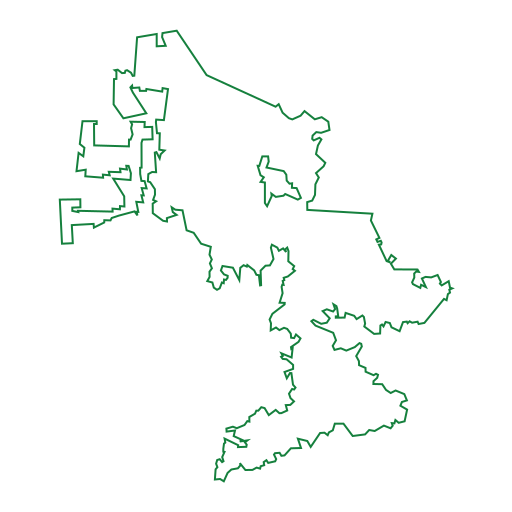 the district of Matías Romero Avendaño, Oaxaca, Mexico
{"feature_id": "50627088B25064562283862", "entity_name": "Matías Romero Avendaño", "entity_type": "district", "adm_level": 2, "iso_a3": "MEX", "parent_name": "Mexico", "parent_adm1": "Oaxaca", "projection": "robinson", "projection_center": [-94.977, 17.133], "detail": "fine", "context": "isolated", "style": "outline", "palette": "green", "viewbox_px": 512, "rotation_deg": 0, "n_neighbors": 0, "source": "geoboundaries", "source_scale": "gbopen_adm2", "svg_char_len": 6073}
<svg xmlns="http://www.w3.org/2000/svg" viewBox="0 0 512 512"><path d="M372.4,213.7L307.3,209.9L307.2,202.1L312.2,200.6L315.0,194.9L315.4,184.3L318.8,177.5L316.0,173.1L323.6,166.3L325.3,162.8L316.0,154.1L317.9,145.5L321.4,139.4L319.5,137.8L313.7,140.4L312.2,138.9L312.6,135.6L316.3,132.1L321.1,132.8L329.5,130.0L328.3,121.7L321.7,117.2L314.8,119.3L304.5,111.1L300.6,115.7L292.3,119.4L288.9,118.2L282.6,112.7L278.7,104.2L275.6,106.7L206.6,75.1L176.7,30.7L162.5,33.1L162.1,37.1L165.7,45.8L156.7,46.3L156.7,34.0L137.1,37.3L134.3,75.7L132.7,75.9L131.0,72.7L127.1,70.2L125.4,70.7L124.8,72.9L122.0,73.1L117.7,69.7L114.8,70.2L116.4,71.5L116.4,78.9L114.0,79.1L113.6,104.4L123.4,118.3L146.3,113.3L132.9,92.6L130.4,87.4L132.1,85.6L132.4,88.0L139.3,87.5L139.9,90.9L146.1,90.9L146.4,89.0L162.2,91.6L162.6,88.1L168.0,89.1L163.9,120.1L156.2,119.6L155.9,122.1L157.0,133.2L159.8,133.3L159.3,149.7L164.6,150.5L160.7,154.2L159.7,158.5L156.4,152.1L154.8,152.6L156.1,172.2L152.1,172.0L148.3,174.1L147.9,181.4L150.2,182.2L154.9,189.2L155.0,194.7L153.1,199.9L156.1,201.3L152.7,203.6L152.8,213.2L163.1,220.8L167.0,221.5L166.9,218.1L176.6,214.9L172.8,212.1L171.7,207.3L175.3,209.7L182.5,210.3L186.6,230.3L193.7,232.8L201.1,243.7L210.8,246.8L209.5,254.7L211.8,259.5L209.9,263.4L211.9,268.3L209.5,271.7L209.6,276.9L207.3,281.1L212.4,282.5L213.8,287.6L217.0,289.8L219.7,288.3L221.9,282.5L223.7,283.2L224.0,279.5L226.0,279.9L227.6,277.8L227.7,275.8L224.0,274.4L220.9,270.5L222.5,266.0L232.9,267.7L239.3,280.1L240.3,267.8L243.6,265.2L246.8,266.6L247.3,265.0L254.2,270.4L256.4,274.8L258.9,275.2L260.1,285.4L261.1,285.2L260.6,270.6L265.5,265.7L269.9,265.4L273.5,259.0L270.9,247.7L271.9,244.7L277.3,247.6L278.9,250.8L283.1,248.4L286.1,252.0L285.2,249.4L287.2,247.6L288.5,251.1L288.3,261.3L294.2,266.1L292.7,269.1L294.9,270.8L287.8,276.5L283.7,277.8L284.3,280.1L282.7,280.9L283.6,284.9L282.3,284.7L281.6,286.8L282.6,293.2L279.6,302.7L284.7,302.9L284.6,304.4L272.4,313.8L269.6,319.5L271.0,323.3L270.7,330.4L276.0,327.5L279.4,330.1L284.0,327.8L287.2,328.9L290.8,333.7L291.1,337.7L294.1,338.1L296.0,334.5L300.5,338.4L298.5,341.9L291.0,347.1L291.3,349.0L292.6,348.3L291.6,357.5L281.4,353.3L282.8,355.9L281.1,356.8L282.7,358.9L286.6,359.3L293.1,364.9L293.1,368.9L284.5,372.0L286.8,378.3L290.0,373.0L291.4,373.1L293.0,384.7L295.5,387.6L294.1,389.5L292.1,389.0L289.0,393.7L290.5,398.1L294.0,401.4L290.3,404.9L285.8,405.1L287.2,410.5L281.4,413.1L279.4,413.2L275.7,409.9L268.8,415.1L264.6,408.1L261.3,407.2L258.3,410.7L256.3,410.7L255.0,413.7L249.3,417.0L249.4,421.6L247.3,421.1L244.5,425.0L236.8,428.2L232.9,426.7L226.4,428.6L226.6,431.6L235.0,430.5L233.7,436.1L242.1,439.9L239.8,441.5L247.4,440.4L244.9,442.3L246.7,444.7L246.3,446.8L238.0,447.1L238.2,445.2L224.6,438.6L225.3,442.6L224.0,443.6L223.3,448.9L223.3,451.7L224.5,451.9L222.2,457.1L223.5,461.2L222.1,462.1L219.7,459.2L217.2,460.0L216.1,463.7L217.4,467.2L215.6,469.3L214.9,479.5L220.1,479.0L223.8,481.3L227.6,472.9L231.4,469.5L237.9,468.3L240.5,465.2L239.9,463.2L245.4,470.0L252.5,469.9L256.6,467.6L260.1,468.6L260.7,466.2L264.2,465.2L263.7,462.1L266.4,460.2L268.2,462.9L275.2,461.3L276.2,459.1L274.0,454.6L275.0,453.2L279.6,452.8L281.4,455.8L284.5,455.4L290.9,448.3L301.0,448.0L297.9,438.7L307.3,441.0L310.7,446.9L320.1,433.0L324.5,432.7L327.7,435.2L328.9,432.4L332.8,430.3L334.8,423.7L343.5,423.7L352.7,436.0L365.1,434.4L369.2,430.0L374.7,431.0L383.9,425.6L390.6,428.3L392.7,425.7L391.8,423.1L394.4,423.4L395.4,420.0L398.7,422.8L404.6,421.3L407.1,409.6L400.4,405.7L401.9,402.0L406.9,400.4L404.3,394.1L395.6,390.5L390.7,393.0L386.0,389.9L382.2,384.2L373.4,384.0L373.5,381.2L377.2,377.8L378.0,374.8L376.0,373.8L373.6,375.2L365.6,371.7L365.5,367.9L359.1,365.2L358.9,361.1L356.2,356.1L361.8,346.5L361.2,343.8L359.5,343.1L354.8,347.1L346.3,350.6L340.8,348.3L334.5,349.9L332.7,345.9L336.0,340.3L333.2,332.8L315.5,325.6L311.4,321.2L313.3,319.8L321.2,323.8L326.8,322.7L329.7,318.3L322.7,311.1L326.8,309.3L333.1,311.5L335.1,309.1L333.5,304.3L336.4,306.1L337.2,308.7L338.2,316.2L335.8,316.4L335.8,317.7L344.6,317.6L345.6,312.9L354.2,315.8L356.6,319.1L362.4,315.5L363.9,317.0L365.1,323.6L364.3,326.5L374.1,333.9L380.1,333.5L380.4,325.5L382.0,324.5L383.5,326.4L385.6,322.0L389.8,323.0L391.5,327.3L399.6,331.2L403.0,322.1L406.8,321.6L407.6,323.2L409.6,321.3L412.1,322.7L417.6,321.7L418.6,324.0L424.4,322.9L444.0,298.9L446.6,300.2L447.9,294.1L450.0,292.6L449.3,289.7L452.2,288.4L450.0,287.6L448.7,281.2L441.7,285.4L439.9,283.6L440.9,282.0L437.6,275.0L431.2,277.4L425.5,276.9L421.9,278.5L425.9,287.1L421.1,284.8L420.3,287.9L412.9,284.1L412.1,282.3L414.3,277.6L414.2,273.5L416.3,271.5L418.9,271.9L417.5,269.5L394.3,269.4L390.9,263.7L395.9,258.6L391.3,255.0L387.9,260.8L390.3,262.4L386.6,261.1L378.9,244.7L381.2,244.4L381.6,242.5L380.8,240.8L377.5,241.9L376.3,239.4L379.4,237.9L370.9,220.5L372.4,213.7ZM259.3,165.9L262.3,156.4L268.1,156.4L268.7,161.6L266.5,167.5L283.7,171.1L286.3,174.7L286.7,180.6L289.5,183.7L292.1,183.3L291.9,187.8L296.6,188.1L300.9,197.9L297.8,199.6L285.2,194.0L283.5,195.7L275.8,196.9L271.4,193.6L271.7,196.1L267.1,206.2L264.9,203.0L264.9,182.5L260.6,181.9L263.8,177.3L260.5,175.2L257.7,165.8L259.3,165.9ZM93.9,227.6L104.2,222.5L104.3,220.2L110.5,220.4L111.7,218.0L118.9,215.6L134.5,211.4L137.4,215.4L136.7,211.8L138.3,211.9L136.3,201.8L143.2,202.4L141.4,195.3L143.7,195.4L141.7,188.1L146.6,188.4L144.6,181.1L141.4,180.9L140.2,174.1L140.1,167.8L141.6,167.6L141.5,142.8L142.5,139.6L152.6,139.3L152.2,126.9L144.5,127.1L144.7,122.0L130.6,121.7L132.1,124.3L131.1,128.2L132.6,134.4L130.6,139.6L129.0,139.6L128.9,146.4L94.2,145.4L94.0,124.0L96.7,124.0L96.7,121.2L82.5,121.2L79.8,144.0L84.4,147.7L83.3,156.3L78.6,152.9L76.5,171.2L85.7,169.7L85.3,176.3L103.1,177.7L102.9,174.6L109.7,175.3L108.8,171.8L120.5,172.2L120.0,168.6L126.9,169.5L126.3,165.8L128.6,165.9L130.9,173.2L130.5,180.0L113.2,178.6L124.2,196.3L124.4,206.5L120.0,206.1L119.9,209.3L112.5,208.6L112.6,211.6L78.0,210.8L78.3,212.1L72.3,210.9L72.3,207.6L80.4,207.3L80.3,199.3L59.8,199.6L62.0,243.7L72.8,243.2L71.8,225.1L93.6,223.9L93.9,227.6Z" fill="none" stroke="#15803d" stroke-width="2"/></svg>